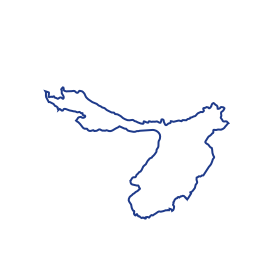 Badakhshan, orthographic projection, rotated 213°
{"feature_id": "AFG-1760", "entity_name": "Badakhshan", "entity_type": "Province", "adm_level": 1, "iso_a3": "AFG", "parent_name": "Afghanistan", "parent_adm1": "", "projection": "orthographic", "projection_center": [71.727, 36.958], "detail": "fine", "context": "isolated", "style": "outline", "palette": "blue", "viewbox_px": 256, "rotation_deg": 213, "n_neighbors": 0, "source": "natural_earth", "source_scale": "10m", "svg_char_len": 5751}
<svg xmlns="http://www.w3.org/2000/svg" viewBox="0 0 256 256"><g transform="rotate(213 128 128)"><path d="M213.8,114.7L213.4,114.4L211.6,111.0L211.0,110.9L209.4,112.5L208.5,112.7L208.2,113.3L207.5,114.1L207.2,114.2L206.3,113.6L204.2,114.1L203.0,114.2L202.6,114.5L201.9,116.1L201.5,116.7L201.0,117.0L200.2,117.2L198.8,117.0L198.3,117.3L198.3,118.2L198.9,119.1L200.1,119.9L202.4,121.0L203.0,121.8L204.0,123.4L204.9,123.8L205.0,124.0L205.1,124.7L204.8,126.5L204.2,126.7L203.4,126.0L202.6,124.9L201.8,124.6L201.0,124.7L199.5,125.2L198.5,126.0L195.6,128.0L193.8,129.5L192.9,129.9L190.5,129.6L189.9,129.8L189.4,130.2L189.2,130.9L189.1,132.4L188.7,132.9L186.6,133.7L185.5,133.7L183.3,133.1L180.3,131.2L179.1,130.8L176.9,130.4L172.0,130.3L167.3,131.2L164.9,130.9L162.5,131.3L160.8,131.2L158.9,131.8L158.4,131.9L155.6,131.5L150.2,132.1L149.6,132.4L148.3,133.2L147.8,133.2L146.6,132.7L145.7,133.0L144.9,133.5L143.8,133.8L140.6,134.0L137.5,133.6L135.1,133.8L132.7,134.3L130.9,135.3L128.7,137.2L127.9,137.5L126.2,137.4L124.7,137.9L123.1,138.0L119.9,138.7L118.2,139.4L117.6,139.9L117.5,140.4L118.1,141.3L118.3,142.1L117.7,142.5L115.6,142.8L114.2,143.3L113.9,143.7L114.1,144.5L114.1,144.9L113.5,145.4L112.0,145.8L111.2,146.3L110.6,146.9L108.9,147.9L107.4,149.2L106.8,149.4L104.5,149.6L103.7,150.1L103.8,151.5L104.4,152.8L104.5,153.4L104.0,153.9L103.5,154.1L102.9,154.1L102.3,153.9L101.3,152.7L99.1,151.3L98.4,151.0L97.7,151.1L97.3,151.5L96.6,153.6L96.3,154.1L95.4,155.0L95.2,155.7L95.8,157.0L95.1,157.4L93.5,157.9L92.9,158.3L90.0,161.4L89.3,162.0L86.9,162.8L86.7,163.1L86.6,164.1L86.3,164.5L83.4,166.2L83.2,166.6L83.0,167.6L82.8,168.0L81.6,169.2L81.2,169.9L81.4,170.6L80.4,171.5L79.2,173.5L78.4,174.3L78.2,174.6L78.0,175.1L77.6,177.7L77.3,178.6L75.7,181.1L74.2,181.9L74.0,182.2L73.7,183.3L73.8,183.8L74.0,184.1L74.9,184.6L75.3,185.1L75.5,185.4L75.5,185.7L75.3,186.0L74.2,187.0L73.5,188.3L72.1,188.9L70.9,188.7L70.4,189.0L70.0,190.2L70.1,191.1L70.0,191.6L70.3,192.3L70.5,194.0L70.4,194.6L69.8,195.5L69.1,195.5L67.2,195.1L65.9,195.2L64.8,194.8L63.3,193.0L62.9,193.1L62.5,193.4L61.9,194.2L61.7,194.6L61.6,195.7L61.3,196.3L60.1,196.9L59.1,197.3L57.9,197.1L57.7,196.5L57.6,194.7L57.9,193.5L58.4,192.3L58.3,191.6L57.9,190.9L56.3,189.0L56.0,187.5L55.6,187.0L53.5,186.2L52.5,185.6L52.1,185.5L51.6,185.5L50.9,185.8L49.6,186.9L48.7,187.2L46.4,186.7L46.7,186.1L47.0,183.3L47.2,182.5L47.3,180.5L48.1,178.5L48.6,178.0L49.1,177.2L50.1,176.7L51.7,175.7L53.0,174.3L54.9,173.3L55.1,173.1L55.2,172.7L55.0,172.2L54.0,170.7L54.0,170.0L54.5,169.1L54.5,168.1L55.2,165.7L55.7,164.9L55.8,163.6L55.7,158.8L55.3,158.1L54.5,157.8L53.3,157.7L51.6,157.8L49.2,156.9L48.0,156.7L47.0,156.9L46.6,156.6L46.0,156.1L43.5,153.0L41.5,151.4L40.0,150.6L39.8,150.3L39.7,150.0L39.8,147.9L39.3,146.2L38.7,143.3L38.7,141.6L39.0,139.6L39.0,129.3L40.2,128.4L40.4,127.6L40.9,126.7L41.9,126.3L42.4,125.9L42.5,125.3L43.4,123.8L42.6,122.3L42.0,121.6L40.7,120.5L40.4,120.1L40.2,119.5L40.3,117.1L39.3,114.3L39.3,113.1L39.5,110.5L39.8,109.3L40.7,108.0L40.4,107.7L39.5,107.5L39.4,107.0L39.3,101.4L39.5,100.5L39.9,100.7L41.1,100.9L40.8,100.6L41.8,100.8L42.9,101.2L44.0,101.4L45.1,101.0L46.3,99.4L46.6,99.3L47.2,97.6L48.1,97.6L48.4,97.3L48.7,96.7L48.6,95.9L49.4,94.9L49.7,93.6L49.7,92.9L49.3,90.9L49.5,90.4L48.8,89.6L48.6,89.0L48.5,88.3L48.3,88.0L46.7,87.4L46.1,86.4L45.6,85.1L45.4,83.7L45.9,82.5L46.6,83.1L47.4,83.3L48.2,83.2L49.1,82.9L48.8,82.5L48.7,82.1L48.8,81.3L49.9,80.9L50.3,80.3L51.5,79.6L53.1,77.5L54.8,75.8L55.1,75.6L56.4,75.0L56.7,74.7L57.2,73.9L58.2,71.4L59.2,69.3L59.6,68.2L60.9,67.7L61.4,66.1L61.4,64.8L61.5,64.4L61.9,64.2L62.7,64.2L63.0,64.1L64.3,63.1L64.6,62.6L63.9,62.0L63.9,61.7L64.6,61.3L66.7,61.1L67.4,60.0L68.0,59.9L69.1,59.9L70.3,60.2L70.9,59.7L71.3,59.6L72.8,60.3L73.6,60.6L74.0,60.1L73.9,59.0L74.2,58.7L75.0,58.7L75.9,59.1L76.6,59.8L77.1,61.0L77.3,61.4L77.7,61.7L78.7,61.5L80.1,62.2L81.5,63.2L83.7,65.5L86.7,66.8L87.9,67.6L88.7,69.0L89.0,71.0L88.8,72.0L88.1,74.0L87.9,75.3L87.2,76.6L86.7,78.5L85.6,80.5L85.4,81.7L85.0,82.7L84.9,83.2L85.1,83.8L85.3,83.9L85.9,83.9L87.3,85.0L88.1,85.3L89.4,84.5L93.8,82.9L95.1,83.0L96.2,83.8L97.3,85.1L97.1,85.5L97.2,87.0L97.2,88.1L97.1,88.9L96.5,89.7L95.2,90.6L94.9,91.4L95.3,93.3L94.8,95.2L94.6,97.1L93.8,98.3L93.7,100.3L94.2,104.0L93.8,105.8L93.4,106.9L93.3,107.5L93.5,109.3L93.6,111.2L93.5,112.2L93.3,112.7L93.3,114.0L91.9,116.3L92.0,117.4L91.8,117.8L91.6,118.5L91.3,120.4L91.2,123.2L91.3,123.7L92.1,125.2L92.2,125.8L92.2,127.6L92.3,128.6L92.7,129.5L94.7,132.8L95.1,133.8L95.3,135.9L95.6,136.8L96.5,138.5L97.7,139.8L99.3,140.6L101.0,141.0L102.8,141.0L104.6,140.6L106.0,140.0L116.6,132.1L117.6,131.0L118.8,130.3L120.0,128.7L121.5,127.7L125.2,126.2L126.8,125.8L129.3,126.3L130.6,125.6L136.0,124.8L136.3,124.3L136.5,123.5L138.0,121.0L139.7,117.5L140.8,116.0L142.2,115.1L143.9,114.7L144.8,114.4L145.6,113.4L148.2,111.8L150.8,111.5L151.5,111.0L151.9,110.3L152.5,109.0L153.1,108.3L154.5,107.2L154.8,107.1L155.6,107.3L156.0,107.2L157.7,105.2L158.3,104.8L159.0,104.5L159.9,104.4L160.8,104.5L161.4,104.9L162.0,105.0L164.2,103.7L165.9,103.7L170.2,105.2L172.8,105.8L174.3,105.7L175.6,105.9L175.4,107.4L175.4,109.3L175.2,110.0L174.6,110.7L174.0,111.3L173.5,111.6L172.1,111.7L171.3,112.0L170.6,112.7L170.1,113.6L170.3,114.6L170.9,114.9L172.4,114.4L173.2,114.4L174.2,115.6L174.6,115.5L175.2,115.1L175.6,114.9L177.0,115.1L177.5,115.0L178.8,113.7L179.6,113.4L181.1,113.2L183.1,112.2L183.9,112.0L186.6,110.9L190.6,110.0L191.5,109.6L192.2,108.8L192.2,107.2L192.8,106.6L193.7,106.6L194.8,106.8L195.7,106.7L196.1,105.4L196.3,106.0L196.7,105.7L197.1,105.7L197.5,105.9L198.0,106.8L198.4,106.9L199.8,107.1L201.2,106.8L203.6,107.6L207.6,107.2L208.6,106.6L213.4,109.3L214.4,110.4L216.2,113.2L217.3,113.8L214.4,114.6L213.8,114.7Z" fill="none" stroke="#1e3a8a" stroke-width="2"/></g></svg>